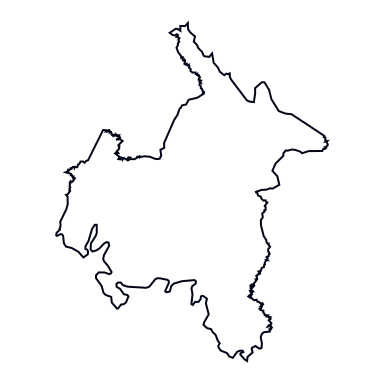 Seka, Bueng Kan, Thailand
{"feature_id": "78962969B66355346971085", "entity_name": "Seka", "entity_type": "district", "adm_level": 2, "iso_a3": "THA", "parent_name": "Thailand", "parent_adm1": "Bueng Kan", "projection": "albers", "projection_center": [103.903, 18.0], "detail": "fine", "context": "isolated", "style": "outline", "palette": "ink", "viewbox_px": 384, "rotation_deg": 0, "n_neighbors": 0, "source": "geoboundaries", "source_scale": "gbopen_adm2", "svg_char_len": 5949}
<svg xmlns="http://www.w3.org/2000/svg" viewBox="0 0 384 384"><path d="M269.8,331.6L269.5,329.4L270.6,329.7L271.7,327.8L270.8,327.6L271.2,326.3L270.1,325.9L267.8,326.6L268.8,325.2L270.7,324.7L271.4,323.2L268.7,320.3L270.5,319.0L269.5,318.3L270.5,317.2L266.6,316.5L267.8,315.3L264.6,315.0L264.4,313.5L263.2,312.5L263.4,310.7L260.6,310.1L259.6,308.9L261.0,308.4L261.6,307.2L260.5,306.7L261.7,305.9L260.5,305.0L261.9,305.3L263.1,304.2L262.3,303.1L260.8,303.8L259.0,301.8L257.4,301.7L256.5,299.7L254.2,300.3L251.6,298.2L250.7,296.3L250.2,297.7L248.3,296.5L250.0,294.7L251.3,295.1L252.0,294.4L250.0,290.9L251.4,290.5L252.6,292.0L253.2,291.6L250.6,289.1L250.9,287.5L251.8,288.4L253.2,286.8L250.6,287.2L250.4,285.6L251.6,284.5L253.3,285.4L254.0,285.0L253.6,283.8L256.0,280.9L255.7,279.4L256.9,279.6L257.3,278.8L256.3,275.7L260.2,273.5L260.0,272.5L259.0,272.7L259.5,271.9L258.8,271.4L260.9,270.8L261.6,268.0L264.0,267.0L264.0,265.3L265.0,264.3L264.6,263.3L265.7,260.8L266.2,260.7L265.9,259.9L267.7,260.1L267.1,259.4L267.7,258.0L266.6,257.1L268.8,255.9L268.9,254.1L269.5,254.0L269.2,252.4L268.2,251.6L268.1,249.4L270.1,246.7L268.6,244.9L268.7,243.6L267.8,243.7L266.6,242.5L266.3,240.1L263.6,235.8L260.9,225.0L260.9,220.0L262.8,217.4L262.2,213.4L264.5,211.6L264.3,210.3L265.5,210.0L265.7,207.2L264.7,206.0L267.3,202.5L266.3,202.1L265.5,200.3L263.4,200.6L261.3,198.5L260.9,196.8L258.1,195.5L257.1,192.5L256.2,192.6L255.9,191.9L261.6,189.9L266.3,189.7L270.0,188.3L272.5,188.7L279.3,184.8L277.3,176.2L272.4,170.8L275.5,163.6L283.3,155.8L283.4,153.3L285.8,150.4L287.5,150.7L291.9,149.5L295.2,149.9L300.2,151.6L302.1,153.2L308.7,151.1L322.3,151.0L323.2,149.0L324.9,148.8L324.7,148.3L325.5,148.1L325.1,147.3L326.2,147.5L326.7,146.0L327.4,145.8L327.8,144.6L326.5,141.8L327.1,141.2L325.5,141.5L326.3,140.6L325.2,140.0L325.4,137.5L323.8,137.2L324.2,135.8L291.5,114.2L285.6,113.6L278.8,111.1L271.4,99.2L269.1,89.9L264.4,82.2L261.8,82.3L255.1,88.1L255.2,93.0L253.9,102.1L250.0,101.7L246.9,100.4L231.3,79.8L229.9,77.1L229.7,73.4L228.2,74.2L226.4,73.6L224.2,75.2L219.9,71.8L217.8,67.4L213.7,62.8L212.1,53.4L209.3,56.9L204.5,56.3L203.6,55.6L202.0,51.8L198.4,48.2L197.0,45.0L193.8,41.6L195.0,36.4L190.5,32.7L188.1,29.2L187.8,23.0L185.2,26.0L180.3,26.0L180.4,30.8L177.6,28.9L175.7,28.8L169.7,32.8L172.6,35.0L175.2,35.5L176.6,34.2L178.0,35.1L176.7,37.1L178.2,37.2L179.5,38.2L178.3,39.8L179.2,41.9L177.9,43.1L177.8,45.5L176.5,47.7L178.2,52.3L180.9,55.8L181.2,57.7L182.5,57.0L183.1,57.4L182.5,59.1L183.1,60.5L184.3,60.6L184.6,59.8L185.1,60.4L184.4,63.9L185.6,64.5L185.5,63.9L186.3,63.7L186.1,64.6L187.5,64.6L186.9,65.0L187.4,65.6L188.6,65.1L189.4,65.9L189.1,67.8L190.7,69.1L190.4,70.8L192.4,72.5L195.6,72.5L195.6,73.8L197.0,73.7L196.7,74.3L197.6,74.7L197.2,75.1L198.2,75.8L198.8,75.3L199.4,76.3L200.0,77.5L199.0,78.2L198.6,79.6L200.7,80.4L199.7,81.0L200.6,81.9L199.8,82.2L200.5,83.0L199.9,82.9L199.4,85.0L200.8,86.0L200.8,88.2L201.9,88.7L202.6,91.0L203.7,91.7L203.1,92.6L204.0,92.7L203.8,93.7L197.2,97.8L188.7,99.7L186.1,104.5L182.0,105.4L180.7,108.0L179.7,108.5L177.4,115.0L174.2,119.9L164.1,143.0L164.2,147.9L160.4,149.8L161.2,155.6L159.6,158.8L156.0,159.1L149.7,156.7L144.4,156.3L140.9,156.9L139.9,156.3L139.4,157.5L137.9,156.5L137.3,156.7L137.4,157.5L134.5,159.2L131.3,159.1L130.5,157.5L128.4,157.4L127.4,158.9L129.1,159.7L127.9,160.5L124.0,158.0L122.7,159.6L122.5,158.1L121.5,157.6L120.5,159.4L118.4,159.1L119.6,156.9L115.1,153.4L116.3,152.5L117.0,153.5L118.3,153.1L116.7,151.4L119.1,148.8L119.4,146.3L118.7,146.3L118.4,145.1L122.6,141.0L120.2,139.3L116.1,139.6L120.0,137.6L119.5,136.5L117.6,136.2L118.7,135.2L116.5,135.1L116.0,134.4L115.8,135.2L114.6,134.7L114.4,135.6L113.3,135.1L113.0,135.9L111.6,134.6L111.9,134.1L111.1,132.3L110.1,132.5L110.5,131.7L109.2,131.3L109.7,130.9L109.2,130.1L107.8,130.4L108.3,131.5L105.8,131.6L106.5,130.3L103.1,130.0L88.1,160.2L86.0,161.0L84.7,162.7L82.8,161.4L80.5,161.6L79.1,164.2L78.1,164.4L77.2,167.2L74.8,167.0L74.5,167.6L74.4,166.8L72.8,167.0L71.9,168.1L71.0,168.1L71.2,169.0L68.6,169.6L69.0,170.1L67.9,170.6L68.3,171.4L65.7,172.3L70.8,173.8L70.8,175.2L71.9,175.1L72.3,176.3L73.2,176.4L72.8,177.1L74.0,177.7L73.5,178.4L74.7,178.5L73.0,181.1L71.9,182.0L70.6,181.1L69.7,182.8L70.3,183.3L69.5,186.0L70.3,187.3L69.4,188.7L70.0,189.9L69.3,190.5L70.0,191.3L67.9,194.1L66.0,194.9L67.6,196.7L67.7,204.3L66.3,209.3L60.1,222.0L60.6,224.3L60.2,227.9L59.5,228.5L59.9,229.6L56.6,232.8L56.2,235.4L57.0,235.9L60.6,234.1L62.1,234.4L63.1,235.8L63.9,243.2L66.0,246.6L71.7,248.0L78.4,251.8L83.4,257.4L87.8,254.4L88.0,251.3L87.1,249.6L85.4,248.9L85.4,246.4L88.5,241.0L92.1,228.8L94.8,224.8L96.7,224.8L96.8,232.9L95.7,236.0L90.9,243.4L90.6,249.4L92.5,251.5L96.1,250.5L99.2,248.6L104.4,243.2L106.9,242.1L108.5,242.5L109.2,245.7L103.9,255.3L103.2,259.1L104.0,261.2L107.9,265.8L111.6,272.0L110.9,273.4L109.1,274.1L104.7,272.5L98.9,272.4L96.1,275.1L96.0,278.1L101.6,285.9L103.6,293.0L105.8,295.0L111.2,296.9L111.8,302.5L117.0,308.6L118.1,308.4L121.0,304.6L123.8,304.1L125.9,302.6L128.5,296.4L127.3,295.0L123.9,294.2L120.1,288.9L116.7,286.9L116.4,284.1L118.0,282.6L120.7,282.5L123.0,285.2L127.8,286.7L146.2,287.8L149.4,286.6L155.3,279.2L157.5,278.2L160.5,278.4L167.3,279.8L168.6,280.7L168.9,282.7L165.2,291.1L165.9,292.0L167.3,292.2L169.8,291.5L171.4,285.8L173.8,283.6L182.0,281.2L194.3,280.1L195.6,280.8L196.0,282.3L195.5,283.8L192.3,286.1L191.5,288.2L192.5,294.5L191.4,304.0L192.8,305.0L195.1,301.9L198.5,301.9L200.7,298.9L200.9,296.6L201.8,295.8L203.6,296.2L206.9,298.7L205.9,303.4L208.7,314.4L204.1,322.4L203.5,324.9L207.0,328.1L211.0,329.1L212.7,332.1L215.5,334.7L217.8,340.7L219.7,343.2L218.3,345.9L218.5,347.3L220.8,350.6L227.0,353.1L229.3,356.5L232.9,357.8L237.1,351.9L239.4,350.8L242.5,350.6L243.4,352.0L240.6,353.2L240.3,354.5L244.7,359.5L247.1,361.0L247.5,356.9L252.6,352.5L251.7,348.8L252.1,347.7L255.5,346.0L259.5,348.7L261.5,348.0L261.9,343.3L260.7,337.4L261.8,334.0L263.9,332.2L269.8,331.6Z" fill="none" stroke="#020617" stroke-width="2"/></svg>